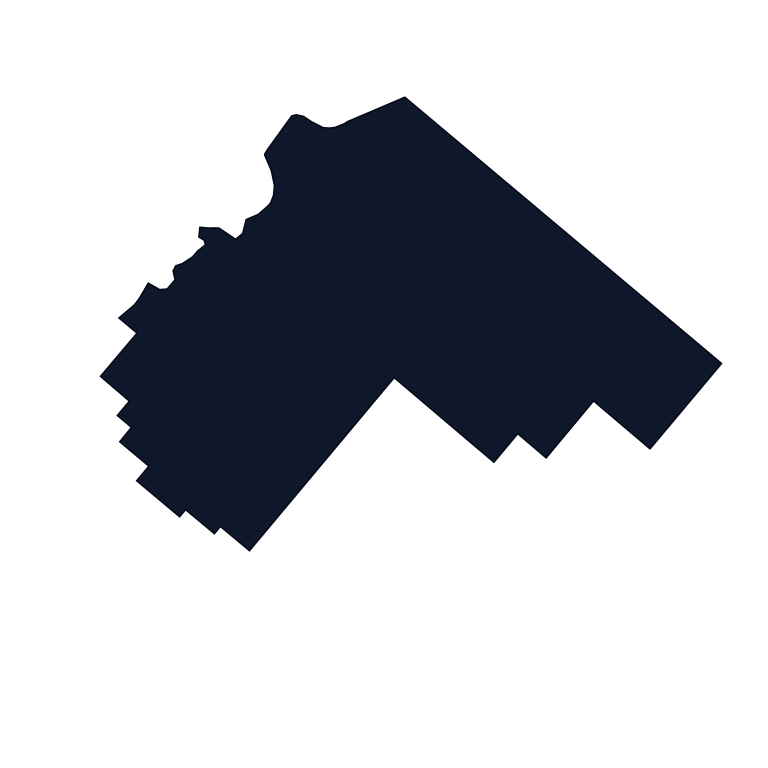 outline of Payette, Idaho, United States of America, rotated 40°
{"feature_id": "52423323B59144379329790", "entity_name": "Payette", "entity_type": "district", "adm_level": 2, "iso_a3": "USA", "parent_name": "United States of America", "parent_adm1": "Idaho", "projection": "albers", "projection_center": [-116.889, 43.973], "detail": "fine", "context": "isolated", "style": "filled", "palette": "ink", "viewbox_px": 768, "rotation_deg": 40, "n_neighbors": 0, "source": "geoboundaries", "source_scale": "gbopen_adm2", "svg_char_len": 926}
<svg xmlns="http://www.w3.org/2000/svg" viewBox="0 0 768 768"><g transform="rotate(40 384 384)"><path d="M138.5,503.8L162.1,503.8L161.9,560.4L199.9,560.8L200.0,579.6L218.4,579.5L218.7,598.1L256.7,598.1L256.7,617.1L312.8,617.1L312.8,607.8L350.3,607.7L350.2,598.3L388.1,598.2L387.7,372.6L518.5,373.3L518.4,336.1L555.7,336.4L555.4,262.3L629.5,262.7L629.4,151.3L215.6,150.9L187.2,206.8L186.6,209.5L181.6,218.9L177.7,223.0L172.8,226.7L159.9,229.7L150.4,230.7L143.8,234.1L141.0,237.9L144.0,279.0L144.8,284.5L145.4,285.3L160.6,293.0L172.5,302.4L178.1,310.5L180.6,317.7L180.8,321.0L178.7,334.8L172.7,346.6L179.0,359.5L177.3,368.5L157.1,370.7L148.8,377.7L142.2,382.3L147.8,390.5L153.7,389.4L157.7,392.1L157.1,395.4L155.8,401.4L155.6,409.9L152.1,421.4L148.5,427.3L149.8,433.0L156.9,438.4L156.8,450.6L151.5,455.9L138.6,458.3L140.7,470.6L141.6,476.4L141.9,483.9L138.5,503.8Z" fill="#0f172a" stroke="#020617" stroke-width="1.5"/></g></svg>